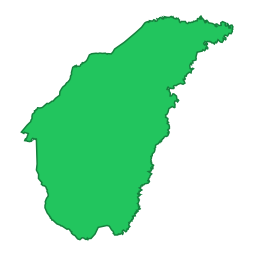 the district of Lue Amnat, Amnat Charoen, Thailand, rotated 269°
{"feature_id": "78962969B36104557802135", "entity_name": "Lue Amnat", "entity_type": "district", "adm_level": 2, "iso_a3": "THA", "parent_name": "Thailand", "parent_adm1": "Amnat Charoen", "projection": "albers", "projection_center": [104.71, 15.697], "detail": "fine", "context": "isolated", "style": "filled", "palette": "green", "viewbox_px": 256, "rotation_deg": 269, "n_neighbors": 0, "source": "geoboundaries", "source_scale": "gbopen_adm2", "svg_char_len": 5877}
<svg xmlns="http://www.w3.org/2000/svg" viewBox="0 0 256 256"><g transform="rotate(269 128 128)"><path d="M47.0,138.7L48.0,137.5L48.5,138.1L49.6,138.2L49.8,137.0L51.3,137.2L52.3,136.2L52.7,136.8L55.7,138.0L56.0,137.1L56.8,137.7L58.1,136.5L58.9,136.4L59.3,137.6L60.2,137.7L60.4,138.6L61.2,138.2L61.4,139.0L61.8,137.8L61.5,136.9L62.4,136.5L63.0,138.0L64.5,138.0L64.6,139.1L66.0,139.6L65.5,140.4L65.8,140.8L67.9,138.3L68.5,139.7L69.8,139.9L69.9,141.3L70.9,141.2L70.8,142.7L71.9,143.8L72.5,147.1L74.0,148.5L74.7,148.3L74.7,147.2L75.2,146.9L75.9,147.7L77.2,147.7L78.1,148.7L80.0,149.2L81.7,150.9L84.1,147.6L84.5,150.1L86.3,151.1L86.7,150.3L87.5,150.2L87.0,152.1L87.6,152.3L89.2,151.4L89.5,152.5L90.3,152.9L91.9,150.6L92.7,151.0L93.5,150.9L93.8,150.2L95.0,150.6L96.0,150.3L97.8,151.0L99.2,150.4L99.7,151.7L101.6,151.8L103.7,153.9L106.0,154.6L106.8,154.1L108.0,155.2L109.7,155.1L110.9,155.9L111.8,158.0L113.2,159.0L113.0,159.6L114.1,159.8L113.7,160.7L114.3,161.3L115.3,161.1L115.6,161.9L116.7,162.4L116.9,163.2L118.1,163.8L119.1,165.2L118.9,166.3L119.6,167.6L122.0,168.7L122.4,167.7L123.3,169.0L125.4,167.7L126.8,169.4L129.0,169.4L130.9,168.8L131.8,167.3L132.4,167.4L132.9,168.5L134.1,167.4L136.4,168.1L137.0,167.8L138.0,165.8L138.7,166.1L140.4,165.8L141.0,167.1L142.9,168.2L146.7,169.2L148.7,172.6L147.6,174.6L147.8,175.2L150.9,175.4L152.0,174.8L154.0,175.3L154.3,176.9L153.2,178.0L154.7,179.1L155.5,178.5L155.9,177.4L159.1,177.0L161.3,174.4L161.3,173.4L159.4,172.2L159.3,170.7L162.2,170.9L164.0,169.9L165.6,169.8L165.9,167.7L168.0,168.4L168.2,169.0L166.5,170.2L167.1,171.3L166.7,172.2L166.7,174.3L167.3,174.8L168.2,174.2L169.2,174.3L169.7,175.5L169.6,177.1L170.6,178.3L171.7,181.2L170.8,183.8L171.9,185.7L174.0,184.9L174.4,184.3L175.7,184.1L175.5,185.7L176.1,186.1L177.1,185.4L179.0,186.0L178.9,187.2L180.5,187.5L182.7,190.2L182.0,192.0L184.7,192.5L186.1,194.5L186.6,193.7L185.9,192.1L186.3,191.2L189.2,190.8L191.3,191.7L190.4,192.6L191.7,192.7L191.9,194.1L193.9,193.7L194.8,197.1L196.3,197.4L197.6,197.1L202.6,198.5L203.6,203.5L205.0,204.3L204.0,205.9L204.6,206.5L206.6,207.2L205.7,208.5L205.9,209.1L207.0,209.1L208.3,207.9L209.5,207.6L210.1,208.8L210.9,208.8L211.2,207.8L209.8,206.0L211.0,205.1L211.8,205.4L212.0,206.3L213.2,206.5L212.5,208.2L213.2,208.9L212.9,209.6L213.2,210.8L212.6,211.5L212.9,212.1L211.6,213.4L211.6,214.5L210.5,215.8L212.3,216.9L211.6,217.8L211.8,218.2L214.7,219.5L212.4,221.9L212.0,223.6L213.9,224.9L215.9,224.8L214.5,227.1L214.8,227.4L216.4,227.4L217.7,225.6L218.8,226.0L219.2,226.9L218.2,229.1L220.9,230.7L220.5,232.8L222.7,234.0L224.2,233.8L225.0,234.5L226.2,234.1L227.2,234.7L229.1,233.7L229.0,232.6L228.3,231.6L226.2,232.2L226.2,230.7L229.4,230.1L230.6,229.3L230.2,228.7L229.4,229.2L228.7,229.0L228.3,228.6L228.3,227.5L229.4,226.9L231.3,227.5L232.7,224.4L231.5,222.6L229.0,222.9L228.9,220.7L230.4,218.8L230.5,217.9L229.5,217.4L227.9,218.6L227.7,218.0L228.3,217.0L229.7,216.5L231.0,214.2L231.7,210.7L234.3,208.7L233.9,207.4L232.9,208.3L232.1,207.6L231.9,207.0L234.9,205.6L237.0,203.7L238.6,202.9L237.4,201.6L236.0,202.9L235.6,202.9L236.2,199.7L235.7,199.2L234.0,199.0L234.0,197.6L233.4,196.7L233.6,195.4L232.5,194.5L232.7,193.4L232.2,192.2L232.6,190.7L231.4,189.6L232.0,188.1L233.5,187.2L233.6,183.3L232.5,182.0L233.3,181.3L235.0,181.3L235.2,180.8L236.8,180.0L236.4,178.8L237.0,178.2L236.3,177.8L236.9,175.8L238.5,174.9L237.8,174.1L238.8,173.1L237.7,171.0L238.1,169.9L237.6,168.1L238.2,168.2L238.6,166.6L238.0,166.9L237.8,166.0L237.2,165.8L237.8,165.0L236.6,165.4L236.3,165.0L236.5,164.5L236.9,164.5L236.8,163.8L238.0,162.9L237.6,161.5L236.6,161.1L236.7,160.4L236.2,159.7L236.5,159.0L235.3,159.4L234.4,158.7L234.2,157.1L235.3,157.0L235.8,155.7L234.4,154.4L234.9,151.4L234.1,151.5L234.1,150.4L233.4,150.4L233.9,149.2L233.4,147.7L232.6,146.5L228.5,143.4L223.0,137.1L213.7,125.7L207.2,116.0L204.3,114.3L202.4,112.5L202.7,109.0L202.2,108.5L203.2,106.7L203.0,103.7L203.4,101.1L203.0,99.3L203.3,97.4L202.9,93.1L201.8,90.7L197.0,88.4L195.3,87.0L193.8,84.7L194.2,84.0L193.8,83.2L193.0,83.2L192.3,81.9L191.0,81.4L190.4,80.3L190.7,78.8L190.2,77.7L191.3,77.4L190.2,76.2L191.0,76.0L189.6,73.8L184.4,72.4L182.6,72.5L180.8,71.4L179.1,71.3L177.1,70.5L174.9,68.6L174.2,67.4L171.7,65.7L170.5,63.9L168.9,62.6L165.6,60.6L161.9,60.2L158.9,56.0L156.2,53.6L156.1,52.4L153.8,49.2L154.0,47.4L150.0,42.7L149.5,40.3L149.8,38.0L148.1,37.1L148.0,36.4L147.0,35.9L146.8,34.8L145.2,34.9L143.5,32.7L141.4,32.2L139.0,32.2L137.8,31.3L136.0,30.8L132.7,27.3L125.8,21.3L124.4,23.8L125.5,24.4L124.2,28.2L119.8,26.6L118.7,25.1L117.2,24.5L117.1,25.1L117.7,25.2L117.7,26.0L116.6,26.8L116.1,29.7L116.6,30.2L116.4,31.0L117.1,31.8L117.9,31.3L119.3,32.3L119.1,33.4L118.4,33.6L118.9,34.1L118.2,35.4L118.8,35.8L118.6,36.2L93.6,36.5L87.6,35.7L83.3,37.8L79.1,37.6L75.0,40.9L73.3,40.4L71.8,42.1L71.7,43.5L70.3,45.0L68.4,45.5L67.8,46.2L66.0,45.9L63.5,47.0L61.2,47.0L59.2,45.4L55.8,44.0L54.0,44.3L52.2,43.7L49.7,43.6L44.4,45.8L41.3,48.2L40.8,48.1L40.0,49.1L39.3,48.9L38.8,49.7L37.2,50.4L37.4,51.1L33.4,55.2L32.0,58.6L31.2,59.4L31.3,60.2L27.8,65.3L28.3,66.4L27.5,67.9L26.2,68.5L25.1,69.9L24.6,69.5L23.9,69.7L22.3,71.3L21.4,73.1L18.0,75.7L17.2,78.0L19.1,80.2L18.8,81.8L17.4,83.7L17.4,84.8L18.5,85.3L17.2,86.0L18.1,86.5L18.2,89.1L22.6,93.2L29.2,96.5L30.9,105.3L30.2,107.6L26.4,109.8L25.0,111.3L23.8,111.8L22.9,111.4L22.0,112.5L21.3,112.7L21.2,115.5L21.8,116.1L21.6,116.8L22.3,117.1L21.9,118.2L22.9,119.5L21.8,120.7L22.4,121.2L23.0,120.9L23.8,121.3L24.5,120.5L25.1,120.5L26.1,121.7L24.3,124.0L25.1,124.9L27.0,125.4L26.8,126.3L28.3,126.8L29.5,128.1L30.5,127.2L31.8,127.1L32.7,127.8L33.5,127.3L33.9,128.5L35.1,129.4L35.0,130.3L36.5,130.2L36.5,131.0L37.4,131.6L38.7,131.7L39.0,131.1L39.6,131.0L39.7,132.3L40.2,132.4L40.1,133.7L42.4,133.2L42.9,133.9L42.6,134.4L43.6,135.3L44.0,134.8L44.4,136.3L45.5,135.4L45.6,136.6L47.0,137.2L46.6,138.3L47.0,138.7Z" fill="#22c55e" stroke="#15803d" stroke-width="1.5"/></g></svg>